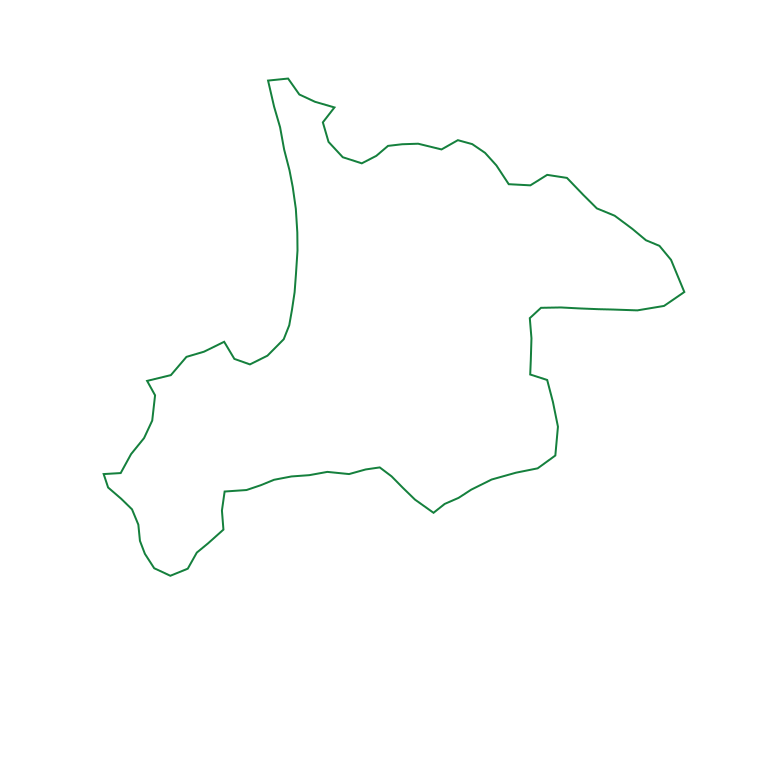 the district of Itapema, Santa Catarina, Brazil, rotated 205°
{"feature_id": "56859067B84444933565418", "entity_name": "Itapema", "entity_type": "district", "adm_level": 2, "iso_a3": "BRA", "parent_name": "Brazil", "parent_adm1": "Santa Catarina", "projection": "mercator", "projection_center": [-48.63, -27.1], "detail": "fine", "context": "isolated", "style": "outline", "palette": "green", "viewbox_px": 768, "rotation_deg": 205, "n_neighbors": 0, "source": "geoboundaries", "source_scale": "gbopen_adm2", "svg_char_len": 1438}
<svg xmlns="http://www.w3.org/2000/svg" viewBox="0 0 768 768"><g transform="rotate(205 384 384)"><path d="M496.6,119.9L483.8,133.7L482.4,152.1L476.0,165.5L468.0,184.2L477.4,200.8L483.0,219.2L463.8,229.8L453.0,240.1L443.2,250.7L428.8,261.1L413.2,269.8L398.2,280.4L377.6,287.6L364.5,298.8L352.6,306.6L338.1,303.5L323.1,297.9L307.0,292.3L284.7,288.2L278.3,301.0L268.3,312.3L260.3,325.1L246.1,342.9L226.9,359.4L209.1,372.5L198.5,391.6L208.3,418.8L223.3,439.1L237.8,456.6L255.5,454.4L261.1,467.8L269.7,487.8L279.7,505.3L273.9,519.4L256.1,528.1L238.3,535.3L221.1,542.5L208.3,548.1L185.5,557.8L163.2,573.1L150.7,594.3L176.3,617.8L192.7,625.6L207.4,625.0L224.7,629.6L246.1,634.0L265.3,633.1L283.3,639.6L305.3,648.1L324.5,642.5L335.3,625.9L355.4,617.8L374.5,629.6L390.1,636.2L405.4,638.7L420.1,636.2L431.0,620.9L454.6,616.2L468.8,609.0L481.0,601.5L487.4,587.5L497.4,574.6L517.2,572.1L536.6,580.0L550.0,595.3L545.8,613.7L565.8,610.6L583.1,610.6L600.0,620.3L617.3,610.0L600.9,589.0L586.7,572.8L573.6,554.3L560.0,537.8L550.0,524.0L538.0,505.6L526.6,484.7L518.8,468.4L510.2,446.3L503.8,429.4L498.8,412.5L494.7,397.2L493.8,382.2L501.6,360.4L513.8,345.1L530.2,343.5L546.7,354.7L560.8,337.2L574.5,325.1L580.9,302.0L600.0,286.7L586.7,277.0L578.6,252.9L578.6,233.6L583.6,213.6L585.0,192.0L600.0,183.9L590.3,173.6L573.6,168.9L559.4,163.9L547.2,152.7L538.9,138.7L528.9,129.0L514.4,119.9L496.6,119.9Z" fill="none" stroke="#15803d" stroke-width="2"/></g></svg>